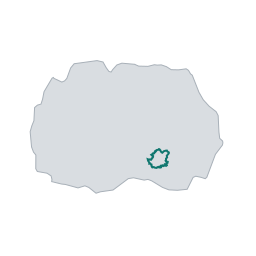 Demir Kapija, Demir Kapija, North Macedonia shown in context, rotated 17°
{"feature_id": "65306769B1402835444879", "entity_name": "Demir Kapija", "entity_type": "district", "adm_level": 2, "iso_a3": "MKD", "parent_name": "North Macedonia", "parent_adm1": "Demir Kapija", "projection": "equal_earth", "projection_center": [22.242, 41.393], "detail": "fine", "context": "in_parent", "style": "outline", "palette": "teal", "viewbox_px": 256, "rotation_deg": 17, "n_neighbors": 0, "source": "geoboundaries", "source_scale": "gbopen_adm2", "svg_char_len": 2237}
<svg xmlns="http://www.w3.org/2000/svg" viewBox="0 0 256 256"><g transform="rotate(17 128 128)"><path d="M116.0,65.2L120.1,65.7L129.1,63.2L134.7,59.8L137.6,59.3L141.4,57.9L146.8,58.1L152.3,59.6L159.4,57.6L166.3,54.4L169.0,55.2L172.0,58.0L174.0,58.7L185.5,73.2L191.7,79.0L199.1,83.4L207.6,86.7L210.6,89.8L216.1,105.2L218.7,111.1L222.3,112.8L223.1,114.5L223.3,116.7L219.3,127.6L217.8,152.0L216.7,153.9L212.5,153.8L206.9,154.3L204.7,156.2L202.5,169.3L193.5,173.1L185.2,175.2L178.3,174.7L166.1,171.6L162.1,171.3L158.7,173.1L147.8,174.0L143.1,176.3L131.8,191.7L120.4,197.0L116.5,199.7L107.9,196.3L103.7,195.9L97.7,199.9L84.5,200.3L80.9,201.0L70.7,201.6L70.3,199.4L68.5,196.3L63.7,194.9L54.0,196.1L51.7,193.9L47.8,180.8L44.7,178.7L41.3,174.3L35.5,160.1L35.4,153.9L35.9,148.5L32.7,135.8L34.7,132.6L37.8,130.6L37.9,125.5L37.1,117.8L40.8,102.6L41.8,101.5L42.7,102.2L51.3,103.4L53.6,101.5L55.0,98.5L55.6,87.4L57.7,82.3L78.7,72.6L84.8,72.2L89.5,76.7L93.2,79.5L95.5,79.4L96.3,76.6L98.9,71.0L103.2,67.8L115.9,65.1L116.0,65.2Z" fill="#d9dde1" stroke="#a8b0b8" stroke-width="1"/><path d="M174.0,144.7L173.2,143.2L174.4,140.4L174.2,139.4L172.4,138.9L171.8,138.2L170.6,138.7L169.0,139.8L168.1,141.6L167.3,141.5L166.2,140.8L165.3,139.7L164.6,139.7L164.2,139.1L163.7,139.2L163.6,139.8L162.0,140.6L161.0,141.8L161.5,142.1L161.3,142.5L160.8,142.6L160.9,143.0L160.6,143.1L160.4,143.5L160.5,144.5L159.9,144.7L159.3,145.8L159.0,145.6L158.9,146.0L158.1,146.8L158.9,147.3L159.3,147.0L159.5,147.2L160.2,147.4L160.4,148.3L160.3,149.1L159.5,150.3L159.7,150.6L159.4,151.6L157.7,151.9L157.4,151.8L156.9,152.2L156.0,152.1L156.8,153.5L157.4,153.8L158.6,155.2L158.8,155.9L159.7,155.4L160.5,156.1L161.1,156.1L161.1,156.5L161.9,157.9L162.4,158.3L162.7,158.0L163.2,158.4L164.1,157.8L165.3,158.1L167.0,157.8L167.5,156.9L167.9,156.9L168.3,156.4L168.7,156.6L169.4,155.9L170.2,156.5L171.0,156.0L170.4,155.3L170.4,154.5L170.8,154.4L171.3,154.6L172.2,154.1L172.3,153.8L172.1,153.5L172.3,153.4L173.0,153.9L173.5,153.3L174.1,153.3L174.2,153.0L174.9,153.0L174.4,152.2L175.0,152.3L175.3,151.9L175.8,151.9L175.0,150.6L176.0,149.8L175.9,149.1L175.6,149.3L174.8,148.6L174.0,148.7L173.5,148.3L173.7,147.4L173.3,146.1L174.0,144.7Z" fill="none" stroke="#0f766e" stroke-width="2"/></g></svg>